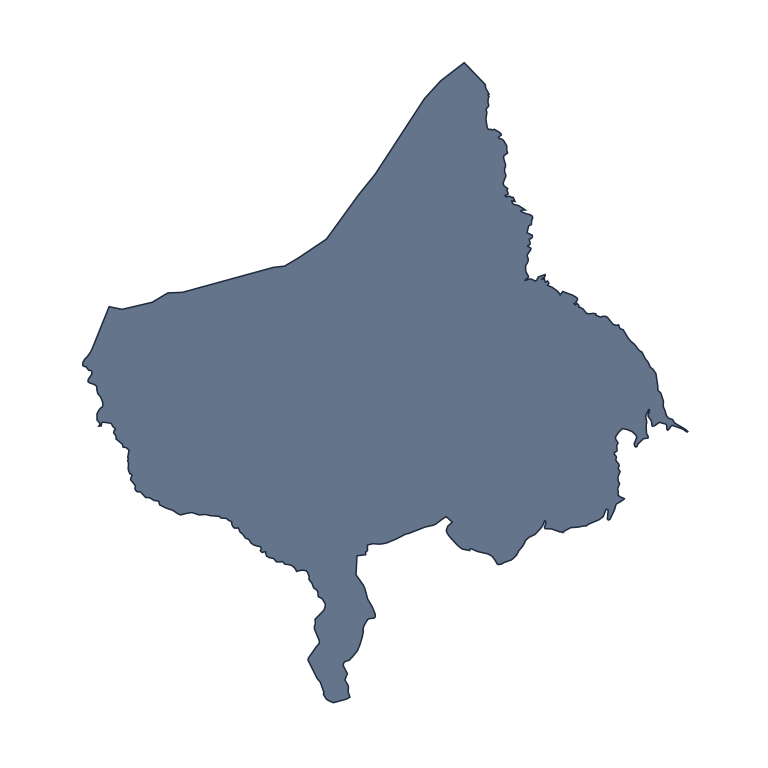 Orsova, Mehedinti, Romania, rotated 175°
{"feature_id": "2599482B96117970441540", "entity_name": "Orsova", "entity_type": "district", "adm_level": 2, "iso_a3": "ROU", "parent_name": "Romania", "parent_adm1": "Mehedinti", "projection": "robinson", "projection_center": [22.398, 44.731], "detail": "fine", "context": "isolated", "style": "filled", "palette": "slate", "viewbox_px": 768, "rotation_deg": 175, "n_neighbors": 0, "source": "geoboundaries", "source_scale": "gbopen_adm2", "svg_char_len": 6147}
<svg xmlns="http://www.w3.org/2000/svg" viewBox="0 0 768 768"><g transform="rotate(175 384 384)"><path d="M471.4,80.0L469.0,75.2L466.8,73.4L462.2,70.9L449.1,73.3L445.3,74.9L446.5,80.7L445.8,85.2L446.0,87.0L448.6,92.2L448.5,93.1L445.7,98.6L448.8,106.1L449.1,107.1L448.5,109.5L447.6,110.5L446.2,111.1L442.8,111.8L438.9,115.2L433.6,120.7L430.4,127.1L427.7,133.9L426.2,139.0L426.1,142.3L424.9,145.1L420.9,150.7L419.4,151.5L414.5,151.6L413.5,152.1L412.9,153.1L412.8,155.5L415.1,163.0L419.0,171.2L420.8,181.6L422.2,185.6L428.5,196.3L425.9,215.2L417.2,215.5L416.9,218.0L415.0,219.4L414.5,225.0L409.1,225.9L403.0,224.9L399.5,224.9L394.8,225.5L385.1,228.6L375.4,232.6L372.2,233.0L355.6,237.9L347.1,239.0L344.3,240.1L337.7,244.3L333.6,246.4L328.0,240.4L332.7,237.0L334.3,233.9L334.7,231.9L333.7,229.1L331.4,225.3L324.6,216.6L320.4,212.7L313.1,210.6L312.6,212.1L311.4,212.3L305.6,209.0L295.4,205.7L291.8,203.4L290.6,201.8L288.4,198.2L287.1,195.0L286.2,194.2L282.7,194.3L280.2,195.6L272.5,197.6L270.0,199.3L266.8,202.0L264.4,205.9L260.1,210.2L257.9,213.3L256.8,215.6L252.8,218.7L246.8,220.9L239.9,227.1L237.4,230.5L236.0,233.7L235.2,233.2L234.8,231.4L236.7,227.3L236.1,225.8L229.8,225.0L221.4,221.2L220.3,221.4L218.8,220.3L216.3,222.2L210.4,224.6L202.9,224.5L197.5,225.2L195.1,224.9L192.2,226.6L181.4,230.1L177.1,232.8L174.0,239.2L173.0,239.8L172.1,239.5L171.7,238.6L173.3,230.1L172.4,228.9L170.7,229.4L165.2,238.8L163.2,244.1L157.5,246.8L154.6,248.5L154.5,248.9L158.7,251.1L160.5,253.0L160.0,256.1L160.3,258.8L160.1,260.0L158.0,264.1L159.1,267.2L159.1,270.9L156.4,276.3L158.1,279.2L157.0,281.9L156.9,283.5L159.3,287.1L159.7,288.6L158.8,290.8L159.0,291.7L160.8,294.3L160.4,295.5L157.6,297.1L157.5,302.6L156.1,304.5L156.0,305.1L157.8,308.3L158.1,310.7L157.7,311.4L154.6,315.3L150.4,318.7L146.2,317.6L141.0,315.0L137.7,311.3L136.8,308.9L140.0,302.7L139.6,300.1L138.8,299.3L137.5,299.6L136.2,302.1L130.4,306.8L125.6,307.2L125.4,308.8L126.8,312.1L126.4,320.2L125.7,322.4L125.6,324.2L126.2,329.4L122.5,335.4L121.8,335.3L121.8,334.4L123.8,329.6L123.8,328.9L120.9,323.9L120.7,319.0L120.2,318.5L118.0,318.8L113.0,321.8L106.6,319.4L106.1,318.4L106.1,313.9L105.5,313.3L104.6,313.6L101.7,317.0L100.3,317.6L90.0,312.9L86.8,310.0L86.3,309.7L85.5,310.2L88.0,312.8L96.7,319.0L98.2,320.4L99.5,323.4L103.5,325.2L105.3,327.7L106.5,333.5L107.5,336.3L107.7,337.8L107.1,342.7L109.1,351.0L111.3,353.3L111.7,355.0L111.4,357.7L112.2,370.8L114.9,375.4L117.3,377.6L118.9,382.6L121.6,386.5L124.2,393.2L126.9,395.3L131.2,401.9L134.4,405.1L136.6,408.2L141.1,417.3L144.1,418.6L145.2,422.5L147.6,422.2L150.8,423.7L155.5,430.8L157.0,432.0L160.0,432.4L162.3,431.8L166.9,433.9L166.8,435.5L169.6,436.2L173.3,436.0L176.1,436.8L179.2,441.4L182.3,443.5L183.2,443.5L183.0,445.1L184.2,446.9L184.9,447.4L186.2,446.2L187.7,447.4L185.4,448.9L183.8,451.4L183.8,452.3L184.3,453.1L188.2,456.0L198.0,460.6L200.7,457.4L201.9,459.9L203.4,461.7L208.2,465.8L212.5,468.0L210.9,470.0L212.1,472.4L214.6,471.6L215.1,474.8L217.4,474.6L217.4,475.2L215.3,476.0L214.0,477.6L214.0,479.0L220.9,477.2L222.8,474.2L224.2,473.4L228.3,475.8L230.0,475.9L234.3,474.8L234.5,475.1L230.8,477.7L230.8,479.0L232.9,483.6L232.8,487.8L232.5,489.6L230.4,492.5L229.4,494.8L229.6,497.2L230.2,498.7L230.1,500.1L226.1,505.0L225.8,506.0L226.0,506.6L228.9,508.7L228.6,509.3L226.8,509.9L226.1,511.0L226.7,515.5L224.3,516.3L223.2,518.1L223.3,519.3L228.3,522.3L226.1,528.9L223.3,530.0L222.6,534.2L221.4,536.4L221.6,538.3L224.0,540.1L227.5,541.2L231.9,543.5L232.7,544.5L230.9,545.1L228.1,545.1L234.5,550.1L238.8,551.5L239.8,552.3L240.7,554.3L240.7,555.3L237.5,554.3L239.0,558.7L241.0,558.9L241.7,559.9L242.6,560.1L245.8,559.8L247.0,560.9L246.6,561.6L244.9,561.6L243.6,562.6L244.6,566.1L243.8,567.9L247.1,570.9L247.8,573.1L247.2,575.1L244.5,580.4L244.5,582.4L245.4,584.9L244.9,588.6L244.1,589.7L243.8,591.5L245.1,598.4L244.8,600.8L240.7,603.4L241.3,605.7L241.0,610.7L243.6,616.1L245.1,617.6L247.7,618.5L248.4,619.3L247.7,620.3L245.4,621.8L245.5,622.9L247.4,625.0L251.9,628.1L254.1,627.7L255.5,628.5L257.1,628.3L258.2,629.1L258.8,630.6L259.4,638.7L257.8,645.9L258.4,648.3L257.6,649.7L255.7,651.4L255.4,653.1L255.9,655.5L255.2,659.9L254.3,661.0L255.2,663.0L254.0,663.5L256.9,669.8L257.0,673.5L276.1,697.1L301.1,681.1L318.8,664.8L374.5,593.8L393.1,574.4L428.7,533.4L458.2,517.1L472.8,510.1L484.2,509.8L576.7,492.9L591.3,493.6L607.9,485.6L638.5,481.2L651.1,485.0L671.6,444.7L673.7,441.2L677.1,437.2L680.0,434.8L682.1,431.8L682.5,428.8L681.6,427.9L679.2,426.9L676.9,423.3L674.7,423.0L674.1,422.4L674.2,419.4L678.2,414.5L678.7,412.1L677.3,410.8L672.8,408.8L671.2,407.6L670.3,406.0L670.6,403.2L669.9,399.1L667.6,396.0L665.9,390.7L665.9,387.7L666.5,385.8L668.5,384.7L670.3,382.9L672.6,379.1L673.0,373.0L671.0,370.4L670.5,368.4L671.8,366.9L669.4,366.8L668.5,369.9L667.2,370.5L659.6,368.7L658.8,367.7L657.9,365.3L655.8,363.2L655.6,362.1L656.8,361.4L657.6,358.9L655.9,356.2L655.5,354.9L655.8,352.7L649.8,346.7L649.5,343.9L646.4,343.1L643.8,340.3L645.7,333.2L645.2,331.5L646.1,329.9L645.4,327.5L646.2,322.3L646.1,320.3L645.0,316.7L643.4,316.0L643.1,315.1L644.7,311.6L644.7,310.5L641.0,305.1L640.5,303.6L641.3,301.8L641.0,300.3L640.2,299.1L639.2,298.1L636.0,297.8L631.3,291.6L629.5,291.6L627.0,290.8L623.0,287.9L618.8,287.0L618.0,283.1L611.8,279.3L605.7,276.7L600.0,272.2L598.0,271.3L590.5,272.5L586.5,272.7L579.8,269.7L573.2,269.6L569.0,268.1L559.4,266.4L558.2,264.7L552.7,263.8L551.2,262.2L547.9,260.0L547.8,257.3L546.9,255.0L545.4,253.4L541.6,253.2L540.2,248.9L537.9,246.8L535.6,242.7L532.2,240.8L530.1,236.8L527.1,234.6L521.3,232.6L520.6,231.7L520.6,230.9L521.7,228.6L520.0,226.7L517.6,227.3L516.4,227.0L516.8,225.7L515.9,222.7L513.3,221.0L509.2,219.8L506.7,216.2L502.4,215.7L501.0,216.1L499.8,215.1L498.8,213.3L494.5,212.3L491.4,211.0L489.2,208.7L487.8,206.1L487.5,204.9L482.5,205.7L478.2,205.0L476.5,202.9L475.4,198.8L475.8,195.8L473.0,191.4L471.9,187.0L469.5,185.1L468.1,183.0L468.0,177.9L464.3,175.5L461.7,170.1L461.9,168.0L463.4,164.1L473.2,155.6L473.3,151.1L474.6,148.2L474.5,145.5L470.9,134.0L471.0,131.4L474.7,127.8L483.4,117.3L483.7,115.3L476.3,96.6L473.4,92.3L470.8,82.2L471.4,80.0Z" fill="#64748b" stroke="#1e293b" stroke-width="1.5"/></g></svg>